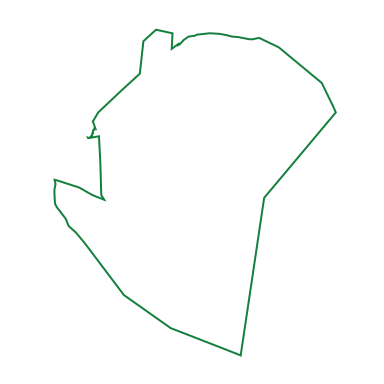 the district of Huitzilac, Morelos, Mexico, rotated 94°
{"feature_id": "50627088B84118509654372", "entity_name": "Huitzilac", "entity_type": "district", "adm_level": 2, "iso_a3": "MEX", "parent_name": "Mexico", "parent_adm1": "Morelos", "projection": "albers", "projection_center": [-99.258, 19.057], "detail": "fine", "context": "isolated", "style": "outline", "palette": "green", "viewbox_px": 384, "rotation_deg": 94, "n_neighbors": 0, "source": "geoboundaries", "source_scale": "gbopen_adm2", "svg_char_len": 1571}
<svg xmlns="http://www.w3.org/2000/svg" viewBox="0 0 384 384"><g transform="rotate(94 192 192)"><path d="M73.8,70.7L41.6,115.6L33.7,135.5L34.2,138.3L35.4,141.9L35.6,145.7L34.7,152.9L34.2,157.1L34.2,162.8L33.2,168.0L32.3,175.4L32.4,184.4L32.3,184.8L34.7,198.1L34.8,198.4L36.1,200.5L36.4,202.5L37.3,206.4L37.4,206.6L41.5,211.5L42.0,211.6L43.2,212.7L44.1,213.4L45.6,214.6L46.4,216.1L45.4,216.1L50.6,222.2L35.1,222.5L34.3,227.7L32.6,239.2L45.0,251.0L77.6,252.3L95.9,269.7L119.3,291.2L127.4,295.2L128.3,295.9L135.2,292.9L135.1,293.1L135.1,293.6L135.4,293.6L135.6,293.8L135.8,293.9L136.2,293.5L136.4,293.5L136.5,293.6L136.8,293.8L137.0,294.1L137.1,294.4L137.2,294.5L137.3,294.7L137.6,295.1L138.4,295.2L139.9,294.8L140.5,295.0L140.9,295.2L140.9,295.6L143.2,295.6L143.5,296.7L144.0,296.8L144.6,296.8L144.6,297.7L144.7,297.9L145.1,298.5L145.2,298.8L145.3,298.8L145.4,299.0L145.4,299.3L145.3,299.5L145.5,299.4L145.5,299.1L145.5,298.9L142.9,288.7L155.1,287.2L156.9,287.0L166.5,285.8L170.8,285.3L173.9,285.0L176.3,284.8L178.7,284.5L183.1,284.1L201.4,282.3L205.8,279.1L203.4,287.0L201.4,292.5L195.4,304.9L190.0,326.7L189.4,329.9L191.4,329.3L193.7,328.7L196.7,329.1L199.4,329.4L202.4,329.2L205.5,328.8L209.4,328.4L213.5,327.7L216.6,325.8L219.1,323.5L225.7,317.7L226.5,317.0L227.9,315.9L228.3,315.7L233.2,313.4L234.8,312.4L237.7,308.6L240.9,304.6L251.0,295.0L299.6,252.7L329.3,203.7L351.3,132.9L351.7,132.0L349.8,131.9L277.2,126.2L202.7,120.4L192.8,119.6L140.9,81.9L102.6,54.1L96.3,57.4L91.2,60.4L90.3,60.9L74.1,70.2L73.8,70.7Z" fill="none" stroke="#15803d" stroke-width="2"/></g></svg>